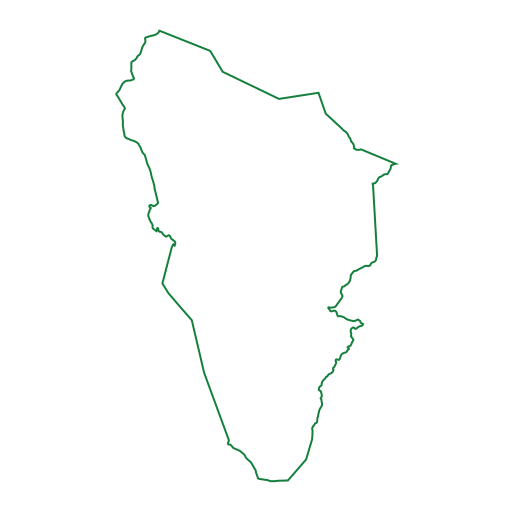 the district of Guayape, Olancho, Honduras
{"feature_id": "27666195B80607738611126", "entity_name": "Guayape", "entity_type": "district", "adm_level": 2, "iso_a3": "HND", "parent_name": "Honduras", "parent_adm1": "Olancho", "projection": "robinson", "projection_center": [-86.826, 14.788], "detail": "fine", "context": "isolated", "style": "outline", "palette": "green", "viewbox_px": 512, "rotation_deg": 0, "n_neighbors": 0, "source": "geoboundaries", "source_scale": "gbopen_adm2", "svg_char_len": 6047}
<svg xmlns="http://www.w3.org/2000/svg" viewBox="0 0 512 512"><path d="M287.9,480.5L306.1,459.5L312.2,439.0L312.2,437.1L312.5,434.8L312.4,432.9L312.6,431.2L312.5,430.3L312.2,429.2L312.2,428.3L312.6,427.4L312.8,426.6L314.0,425.3L315.0,423.7L315.6,423.1L316.4,422.9L316.9,422.3L317.1,421.4L317.3,420.3L317.4,418.1L318.1,416.1L318.4,413.9L318.8,412.5L319.4,409.9L320.2,408.4L321.5,406.4L321.9,405.3L322.0,403.7L321.8,402.3L321.5,400.9L321.5,399.8L321.2,399.2L320.8,398.8L320.6,398.3L320.8,397.9L321.8,396.6L321.8,396.0L321.8,395.1L321.2,392.5L320.8,391.3L320.4,390.9L319.4,390.5L318.9,390.1L318.8,389.9L318.8,389.4L318.9,388.7L319.4,387.1L319.8,386.5L320.8,386.0L321.5,385.4L321.6,385.0L321.6,384.4L321.7,383.6L322.1,382.3L322.3,381.7L322.9,380.8L323.7,379.8L325.0,378.7L326.2,376.7L326.4,376.6L326.9,376.6L327.2,376.4L327.9,375.6L328.3,374.8L328.5,374.5L329.6,373.9L331.4,373.1L332.1,372.5L332.7,371.8L333.2,370.8L333.5,369.9L333.4,369.6L333.2,369.3L333.0,368.9L333.0,368.3L333.4,367.7L334.5,366.6L335.5,364.5L336.1,363.0L336.2,362.6L336.2,362.2L335.6,361.1L335.7,360.3L336.0,359.6L336.2,359.4L336.5,359.4L338.7,359.8L339.1,359.8L339.9,358.6L340.3,357.6L340.8,355.6L341.1,355.1L341.4,354.6L342.2,353.8L343.0,353.3L344.2,352.8L345.6,352.5L346.4,352.1L346.6,351.8L347.6,350.1L348.5,349.4L348.9,348.9L349.0,348.7L348.9,348.5L347.7,347.5L347.6,347.2L348.2,346.6L350.1,345.9L350.6,345.5L351.1,344.7L351.9,342.7L353.4,339.8L353.2,339.2L351.9,337.7L351.1,336.5L351.1,335.7L351.2,334.3L351.2,333.2L351.1,332.7L350.8,331.9L350.6,331.1L350.9,329.7L351.3,328.9L352.3,327.9L352.8,327.6L353.2,327.5L353.6,327.6L354.2,327.9L355.1,328.8L355.5,328.8L355.9,328.8L357.1,328.0L358.2,327.0L360.1,326.2L360.9,325.9L361.5,325.9L361.9,325.7L362.2,325.5L363.1,324.1L361.0,322.9L360.4,322.2L360.3,321.7L360.2,321.2L359.9,321.0L358.9,320.1L358.1,319.6L357.7,319.7L354.6,321.0L354.0,321.1L353.5,321.1L351.5,320.6L350.1,320.4L347.8,319.6L346.7,319.2L345.6,318.5L344.2,317.4L341.9,316.5L341.0,316.3L339.8,316.1L338.6,316.3L338.1,316.2L337.6,315.8L337.4,315.3L336.5,312.2L335.8,311.4L334.9,310.7L334.5,310.6L333.9,310.7L331.6,311.3L331.1,311.3L330.8,311.2L330.1,310.7L329.3,309.2L328.5,308.3L328.3,307.9L328.3,307.6L328.4,307.4L328.6,307.3L330.5,307.6L332.1,307.6L334.6,307.1L335.0,306.8L335.6,306.4L336.1,305.8L337.7,303.5L339.7,300.8L340.4,299.7L341.2,299.0L342.5,296.1L342.3,295.3L341.0,293.0L340.8,292.2L340.8,291.4L341.2,290.0L342.1,287.2L342.3,286.9L344.5,286.2L345.7,285.1L346.8,284.5L347.7,283.9L348.3,283.3L349.0,282.3L349.7,281.2L350.5,278.5L350.7,277.2L350.7,275.9L350.9,274.9L353.8,271.3L354.0,271.1L354.3,271.0L355.7,270.8L356.6,270.6L359.4,268.9L361.0,268.2L362.9,267.2L363.8,266.6L364.9,266.0L365.6,265.8L367.9,266.0L369.4,265.9L370.0,265.4L371.3,263.2L371.8,262.7L372.3,262.5L372.7,262.4L373.4,262.2L374.6,261.6L375.3,261.0L376.0,259.9L376.1,259.2L376.3,257.9L377.1,255.9L373.2,188.1L373.2,187.1L372.7,183.6L374.7,183.3L375.2,183.0L375.8,182.5L377.1,181.1L378.3,178.5L378.9,177.7L379.4,177.2L381.5,176.4L384.0,174.5L386.2,174.1L387.2,174.1L387.6,174.0L388.1,173.2L390.4,169.1L390.8,167.6L391.0,165.8L391.2,165.6L391.7,165.1L392.4,164.8L394.7,164.0L395.7,163.8L361.1,149.4L359.4,149.8L356.6,149.8L355.4,149.2L354.0,148.4L354.3,147.7L353.8,145.5L353.5,144.4L352.6,143.0L351.1,141.4L350.4,139.0L349.9,138.1L348.9,136.8L347.9,134.5L347.1,133.2L345.6,131.7L343.6,130.4L341.6,128.3L325.7,113.6L318.5,92.8L279.0,98.9L222.7,71.8L210.2,50.9L159.4,30.7L159.1,31.5L158.4,32.6L156.7,34.1L153.9,35.3L152.4,35.5L148.4,36.6L145.8,37.5L145.2,37.9L145.1,38.5L145.4,41.1L145.2,42.5L143.0,45.9L142.3,47.4L141.8,48.8L141.3,50.9L140.1,54.1L139.7,54.5L137.7,56.1L137.2,56.9L136.6,58.1L135.3,59.6L134.5,60.3L133.1,61.0L132.1,61.6L131.7,62.0L131.4,62.6L131.3,63.2L131.4,67.9L131.1,71.3L131.7,72.5L132.3,74.6L133.9,78.2L134.0,78.5L133.8,78.8L133.6,79.2L133.1,79.5L131.3,80.2L130.2,80.5L128.6,80.5L126.6,80.8L125.4,81.2L124.2,82.1L123.1,83.1L122.3,84.1L121.3,86.0L119.5,90.0L116.6,93.3L116.4,93.7L116.3,94.1L116.5,94.6L118.0,96.9L122.3,104.1L124.2,106.8L124.9,108.3L124.8,108.7L123.4,111.2L122.6,114.0L122.4,115.3L122.5,117.5L122.9,121.3L122.9,122.7L122.8,124.5L122.9,126.1L123.2,127.6L123.6,130.8L124.2,132.7L124.3,134.6L124.8,136.3L125.5,137.4L126.6,138.2L131.2,140.1L134.6,141.2L136.9,142.5L138.2,143.4L139.6,146.1L140.6,147.6L141.1,149.2L142.5,152.4L143.6,153.8L144.6,154.7L144.8,155.1L146.1,159.3L147.1,163.3L148.7,166.9L149.4,168.1L150.7,172.2L151.7,177.0L153.3,181.9L154.0,184.6L154.5,186.9L154.5,188.2L158.0,202.4L157.8,203.2L157.5,203.7L155.1,205.6L154.5,205.9L153.8,206.1L153.4,206.1L151.4,205.1L150.6,205.0L150.1,205.1L149.8,205.2L149.5,205.6L149.3,206.0L149.3,206.4L149.5,206.8L150.6,207.6L150.7,207.9L150.8,208.2L150.6,208.6L150.2,208.9L149.9,209.4L149.7,210.1L149.6,210.9L149.2,211.6L148.5,213.7L148.3,214.9L148.3,215.9L148.9,217.7L150.4,221.2L150.7,221.8L151.5,222.8L152.5,224.9L152.7,225.8L152.4,226.8L152.6,227.7L152.9,228.3L153.2,228.7L154.7,229.8L155.9,230.8L156.5,231.2L157.1,230.0L157.1,228.9L157.2,228.3L157.5,228.0L157.9,228.1L158.0,228.3L158.7,230.9L158.9,231.3L159.6,231.7L160.3,231.9L161.1,231.9L161.5,232.2L162.3,233.1L163.5,234.8L164.8,235.9L165.4,236.3L165.9,236.5L166.4,236.5L168.6,235.3L168.9,235.2L169.4,235.5L170.0,236.1L170.4,237.2L171.5,239.0L174.6,241.2L174.9,241.8L175.2,242.3L175.2,244.2L174.6,245.6L174.3,245.4L173.8,244.8L173.4,244.4L172.9,244.7L172.4,246.2L171.8,247.2L171.4,248.7L162.4,283.4L168.3,293.0L180.1,306.8L191.8,320.2L204.1,372.7L228.6,439.5L228.9,440.3L228.8,440.6L228.8,441.0L228.1,442.5L228.0,443.6L228.1,444.2L228.4,444.4L230.2,444.6L231.6,445.8L232.1,446.4L232.6,447.2L233.0,447.7L234.7,448.6L235.7,449.0L236.5,449.4L239.3,450.6L240.4,451.2L241.0,451.8L243.6,454.0L244.6,455.0L244.9,455.5L245.3,456.4L245.8,457.4L246.3,458.1L248.5,460.2L250.9,462.2L253.8,467.2L255.5,470.1L255.8,470.9L256.0,472.4L257.6,476.8L257.9,478.3L259.2,478.9L262.8,479.4L264.4,479.7L267.4,480.1L270.0,481.0L271.0,481.2L273.2,481.1L274.5,481.3L275.5,481.0L279.3,480.7L285.4,480.6L287.3,480.4L287.9,480.5Z" fill="none" stroke="#15803d" stroke-width="2"/></svg>